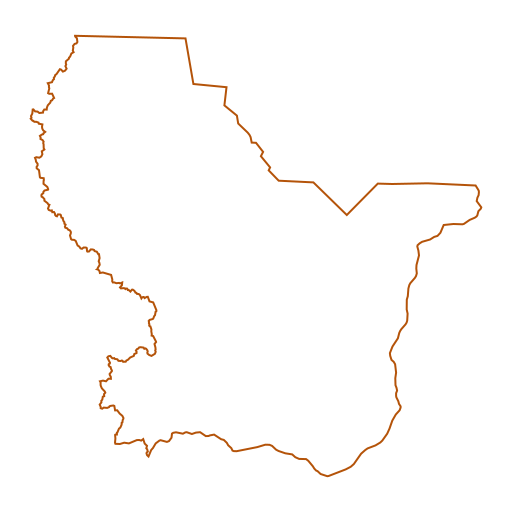 outline of Futaleufú, Chubut, Argentina
{"feature_id": "61730980B18376344054138", "entity_name": "Futaleufú", "entity_type": "district", "adm_level": 2, "iso_a3": "ARG", "parent_name": "Argentina", "parent_adm1": "Chubut", "projection": "orthographic", "projection_center": [-71.852, -43.056], "detail": "fine", "context": "isolated", "style": "outline", "palette": "amber", "viewbox_px": 512, "rotation_deg": 0, "n_neighbors": 0, "source": "geoboundaries", "source_scale": "gbopen_adm2", "svg_char_len": 5910}
<svg xmlns="http://www.w3.org/2000/svg" viewBox="0 0 512 512"><path d="M475.6,185.5L427.5,183.3L392.2,184.0L377.8,183.6L346.8,215.0L313.4,182.4L278.7,180.7L268.7,170.4L270.1,167.4L260.9,156.2L263.1,151.9L256.0,142.8L251.7,142.6L250.6,137.1L249.5,134.9L247.7,132.6L238.2,123.5L236.9,115.6L224.4,105.4L226.5,87.2L193.4,84.0L185.5,38.4L75.1,35.8L75.2,36.5L76.9,38.3L77.4,42.0L76.5,43.4L74.6,43.9L73.0,45.9L73.3,47.6L72.8,50.6L73.6,52.2L71.4,53.5L70.1,56.6L69.0,57.7L68.9,58.7L65.9,61.3L65.8,63.3L66.2,64.6L65.4,66.1L66.6,68.7L65.0,70.7L62.9,71.6L61.1,69.6L59.9,69.2L56.5,74.1L55.1,75.2L54.9,76.4L53.8,77.8L54.0,79.1L52.8,80.2L52.0,82.2L47.8,83.2L49.0,85.5L48.9,87.1L49.3,88.3L48.1,93.2L49.2,93.8L52.1,93.7L54.1,98.0L53.1,98.6L52.1,100.3L50.8,100.8L50.3,102.6L47.8,105.3L46.9,107.6L46.7,109.6L44.3,109.5L43.2,111.1L43.0,112.6L39.3,113.0L37.6,111.6L35.1,111.4L33.4,109.4L32.7,109.5L32.3,113.6L31.0,116.1L31.5,117.8L30.7,118.7L32.6,120.8L33.3,120.8L34.3,121.8L36.3,121.8L38.5,122.6L38.8,123.7L42.4,124.4L42.0,126.9L42.3,128.7L43.2,130.4L45.2,131.9L43.4,133.4L43.2,134.2L41.8,134.6L39.9,135.9L40.6,137.4L40.5,139.0L42.5,140.0L43.6,141.6L43.2,143.1L43.6,144.3L43.7,148.2L44.4,149.5L41.8,151.3L42.4,154.2L41.3,156.4L39.4,157.7L36.3,157.2L35.0,157.8L35.8,159.9L36.0,161.6L37.6,163.8L37.6,165.4L36.6,166.9L36.7,168.3L39.0,170.2L39.9,177.2L40.4,177.8L43.7,178.2L43.9,180.1L43.6,180.7L43.5,183.8L47.3,186.9L48.2,189.2L48.0,189.7L44.5,190.5L43.4,191.9L43.3,193.2L41.6,194.5L41.4,195.6L41.6,196.7L42.7,197.2L44.4,199.1L44.4,200.7L47.5,203.1L48.4,204.5L49.4,204.8L48.0,208.5L48.7,209.9L50.7,210.7L51.8,210.4L52.3,212.2L54.0,212.0L54.9,213.5L55.2,215.1L56.0,216.0L57.0,216.3L57.9,214.4L60.2,214.5L60.8,215.0L61.4,217.5L62.9,218.2L62.8,219.1L63.6,221.3L64.4,222.2L64.4,223.7L65.6,224.6L64.9,226.7L65.3,227.7L67.2,228.3L68.3,229.8L69.6,230.2L70.6,231.4L70.9,232.2L70.7,233.7L70.0,235.4L71.1,239.2L71.8,239.7L74.2,239.9L75.7,240.9L77.6,245.5L79.3,246.6L80.5,248.4L82.0,248.8L83.6,247.5L85.9,247.5L86.8,248.1L87.0,251.0L87.4,251.6L89.0,251.5L90.8,249.4L92.8,249.5L94.1,250.0L94.6,251.1L96.8,251.7L98.3,254.2L99.0,254.2L99.6,258.1L98.7,261.3L99.4,262.9L99.7,264.8L97.8,267.9L97.7,268.9L97.1,269.3L98.3,269.7L99.5,271.1L99.9,273.0L102.9,272.5L111.1,274.9L112.3,279.4L112.2,281.3L112.9,282.5L114.2,282.4L116.4,283.2L119.1,282.9L120.1,283.4L122.2,282.5L121.9,285.3L120.0,287.4L120.9,288.4L124.0,288.1L125.4,289.0L125.7,288.5L127.1,288.6L127.8,290.0L128.6,289.9L130.4,291.6L131.9,289.7L132.7,289.6L134.4,290.8L135.5,292.7L136.4,292.8L137.0,293.9L138.7,294.0L139.9,295.0L141.4,298.4L142.1,297.4L143.2,297.0L143.8,297.0L144.6,298.1L146.7,296.9L147.8,296.8L149.5,301.4L153.2,302.4L156.4,310.2L156.3,311.3L155.6,311.7L155.0,315.2L154.2,316.1L153.3,318.4L152.8,319.0L149.6,319.9L148.7,321.0L149.0,321.8L148.9,323.2L149.4,324.1L149.2,325.5L149.6,326.2L150.4,326.4L151.4,329.4L151.3,331.4L151.8,334.2L151.6,335.6L153.2,336.1L156.0,341.6L156.1,342.0L154.5,344.0L155.4,347.3L155.6,349.5L155.2,350.4L155.7,351.8L154.9,353.8L151.5,355.9L149.2,355.0L147.5,353.6L147.3,352.7L147.7,351.6L147.4,350.4L146.2,348.8L145.5,348.4L144.3,348.8L143.6,347.6L140.6,347.2L139.2,347.4L138.1,348.7L137.0,349.1L135.9,350.5L136.6,351.8L136.5,353.1L134.3,354.0L133.8,355.9L130.2,357.5L127.9,359.8L126.4,360.5L125.7,361.7L123.1,361.8L122.6,360.9L121.9,360.5L120.7,361.0L118.4,360.8L117.4,359.3L114.8,358.9L114.2,358.1L112.9,358.4L111.9,357.9L110.3,355.9L108.4,356.3L107.3,357.5L110.0,362.8L109.8,363.6L108.8,364.1L108.6,365.0L109.5,366.6L110.6,367.0L111.1,369.0L111.9,370.5L111.9,371.1L109.6,374.0L109.8,375.0L110.8,376.8L110.9,378.8L108.5,378.7L106.0,381.3L103.0,380.6L100.0,381.3L100.6,382.4L100.6,385.1L101.0,386.4L101.9,388.4L104.8,391.5L105.3,392.7L104.0,394.1L104.2,396.2L102.8,396.7L102.3,399.6L101.3,400.8L101.4,402.4L99.7,404.6L100.7,406.9L100.7,408.2L102.2,408.7L103.7,407.6L107.2,407.9L109.1,407.1L109.5,406.3L110.5,405.9L113.3,405.5L114.3,405.9L115.1,410.4L117.2,410.3L119.7,413.6L122.3,415.8L123.4,417.9L123.4,418.7L122.7,420.0L122.4,422.4L121.7,422.8L121.6,424.7L120.3,427.6L119.0,428.6L117.4,432.4L116.9,432.7L116.9,434.5L115.5,434.5L115.1,434.9L115.4,438.5L115.0,442.7L115.4,443.8L119.9,444.0L124.2,442.7L128.9,443.4L136.8,440.1L139.2,440.0L141.2,440.6L143.2,439.1L144.7,443.6L147.0,445.8L146.3,448.3L147.2,449.3L147.8,451.6L146.7,452.5L146.5,453.4L147.1,455.2L148.5,456.5L151.2,450.0L152.9,448.1L155.7,443.4L159.4,440.6L160.6,440.2L166.9,441.9L169.0,441.1L171.5,437.7L172.0,433.6L173.2,432.8L176.0,432.3L182.9,433.7L185.3,432.4L186.7,432.2L191.9,434.0L195.9,432.6L200.1,432.2L205.8,436.1L208.6,436.0L209.9,435.4L214.1,434.6L221.1,439.2L223.8,439.9L226.8,442.8L228.2,445.3L231.3,448.1L232.5,450.6L233.8,451.1L236.6,451.2L257.3,447.1L265.3,444.7L269.5,444.8L272.1,445.9L276.1,449.7L278.6,451.0L285.3,453.3L292.2,454.4L295.3,457.2L299.1,458.9L306.1,459.1L308.3,460.8L312.8,466.2L314.3,468.6L316.2,470.6L317.5,471.1L320.6,474.0L327.3,476.2L328.6,476.0L345.7,469.4L350.7,466.8L353.8,464.1L361.1,453.7L365.3,450.0L367.6,448.4L375.5,445.4L380.3,442.5L382.3,440.6L387.2,433.7L389.5,428.6L392.3,420.6L395.8,414.5L399.6,410.3L400.6,407.6L400.6,406.3L399.0,403.9L398.3,401.2L396.4,397.4L396.1,396.0L396.1,393.2L397.1,390.6L396.5,387.8L395.5,385.2L395.3,378.2L396.1,372.6L395.1,364.2L393.7,361.8L391.5,359.9L390.2,355.8L389.9,353.1L392.5,346.5L397.9,338.3L399.3,332.8L400.2,330.9L401.3,329.2L405.5,324.4L406.6,322.6L407.2,320.6L407.6,313.6L406.7,309.5L406.8,299.6L407.8,296.2L408.4,288.5L409.3,285.1L410.3,283.2L414.9,277.9L416.0,276.1L416.8,273.4L416.3,268.5L416.5,265.0L419.0,255.4L418.4,250.6L417.3,246.5L417.6,245.2L419.7,243.3L422.1,241.8L430.1,239.5L434.2,236.9L437.5,235.9L440.4,232.8L443.7,225.0L453.4,224.0L462.5,224.3L463.9,223.9L469.7,219.9L474.8,217.7L476.5,216.5L477.3,215.4L478.4,211.2L480.8,208.7L481.3,207.3L476.7,201.1L477.4,197.7L478.6,195.2L478.9,192.3L478.8,190.9L478.2,189.7L475.6,185.5Z" fill="none" stroke="#b45309" stroke-width="2"/></svg>